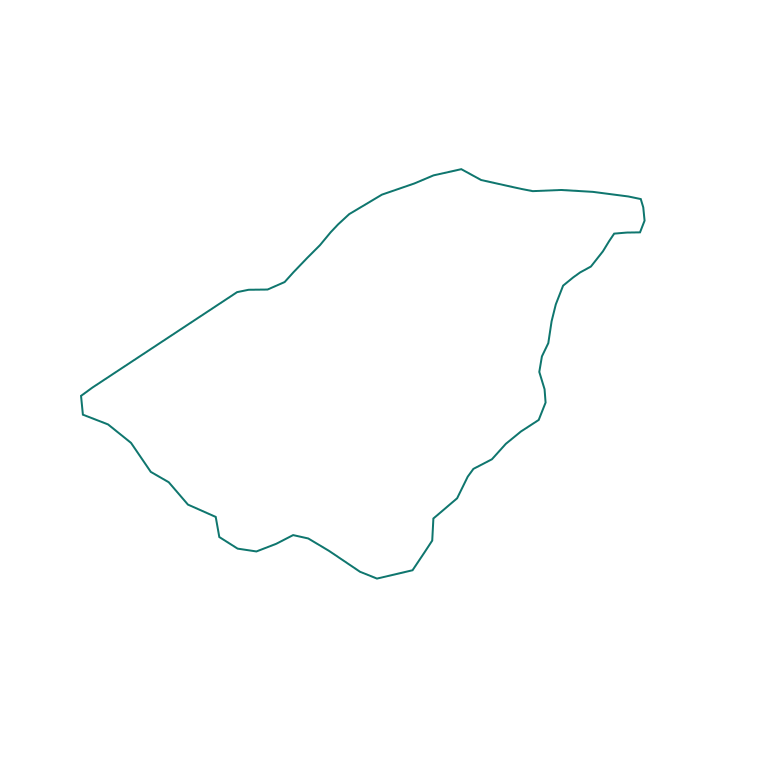 Louvaras, Limassol, Cyprus, rotated 164°
{"feature_id": "46923920B93892240903610", "entity_name": "Louvaras", "entity_type": "district", "adm_level": 2, "iso_a3": "CYP", "parent_name": "Cyprus", "parent_adm1": "Limassol", "projection": "equal_earth", "projection_center": [33.036, 34.831], "detail": "fine", "context": "isolated", "style": "outline", "palette": "teal", "viewbox_px": 768, "rotation_deg": 164, "n_neighbors": 0, "source": "geoboundaries", "source_scale": "gbopen_adm2", "svg_char_len": 1012}
<svg xmlns="http://www.w3.org/2000/svg" viewBox="0 0 768 768"><g transform="rotate(164 384 384)"><path d="M86.2,491.0L97.4,496.9L130.2,511.1L160.3,521.7L187.9,528.4L197.9,533.5L204.8,537.2L234.4,553.3L250.5,569.2L278.9,570.9L299.6,568.4L333.8,566.6L370.6,556.9L384.1,550.1L393.4,544.6L407.3,535.1L423.0,526.4L440.2,516.4L451.4,509.4L469.9,506.9L488.2,511.9L499.9,512.8L665.1,461.0L666.5,460.5L678.5,456.1L681.9,437.5L660.4,421.2L643.4,397.1L632.4,363.8L618.0,348.9L605.7,322.1L582.4,302.6L584.5,282.3L570.1,266.1L552.8,258.2L531.6,260.1L513.0,263.8L499.4,256.4L482.9,238.8L458.8,210.1L444.4,198.9L407.9,197.1L391.0,211.4L380.8,220.2L373.6,241.1L345.2,254.0L329.0,271.9L321.4,277.8L301.0,281.9L283.4,292.9L265.5,300.6L245.2,306.8L233.8,321.6L231.1,334.7L231.4,352.8L224.6,367.0L214.8,378.0L205.6,398.1L196.9,413.2L184.7,429.2L172.8,434.3L164.7,437.2L152.7,439.9L137.0,451.2L128.3,459.2L121.3,465.1L109.1,462.7L96.1,459.2L88.5,469.2L86.1,482.3L86.2,491.0Z" fill="none" stroke="#0f766e" stroke-width="2"/></g></svg>